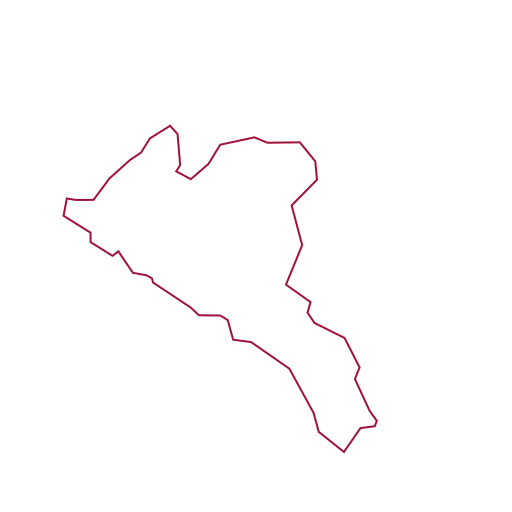 the district of Boboye, Dosso, Niger, rotated 122°
{"feature_id": "23599985B30838539224942", "entity_name": "Boboye", "entity_type": "district", "adm_level": 2, "iso_a3": "NER", "parent_name": "Niger", "parent_adm1": "Dosso", "projection": "natural_earth1", "projection_center": [2.857, 13.176], "detail": "fine", "context": "isolated", "style": "outline", "palette": "rose", "viewbox_px": 512, "rotation_deg": 122, "n_neighbors": 0, "source": "geoboundaries", "source_scale": "gbopen_adm2", "svg_char_len": 821}
<svg xmlns="http://www.w3.org/2000/svg" viewBox="0 0 512 512"><g transform="rotate(122 256 256)"><path d="M191.1,397.9L212.5,408.3L229.2,408.3L241.5,413.8L268.0,421.4L294.5,423.5L303.9,438.4L307.5,446.9L323.9,440.5L323.9,416.3L323.9,408.7L331.9,403.6L331.9,377.8L325.0,375.2L335.5,351.5L330.4,338.7L330.1,332.4L333.1,329.2L334.3,284.1L336.5,273.0L325.4,254.7L325.3,246.1L339.1,231.0L331.6,214.5L333.9,168.0L358.5,124.1L362.9,119.3L371.9,109.6L375.6,77.6L346.6,76.2L337.4,65.1L331.8,66.2L327.1,77.6L307.9,106.9L295.6,109.1L278.6,137.4L280.4,156.1L281.8,170.8L276.7,182.3L266.2,185.3L264.4,215.4L222.3,222.6L194.2,252.6L159.0,244.7L144.3,255.9L136.4,279.1L153.9,306.3L156.2,320.2L180.6,345.3L203.0,345.1L225.4,352.0L226.5,368.5L219.1,368.5L194.2,387.1L191.1,397.9Z" fill="none" stroke="#9f1239" stroke-width="2"/></g></svg>